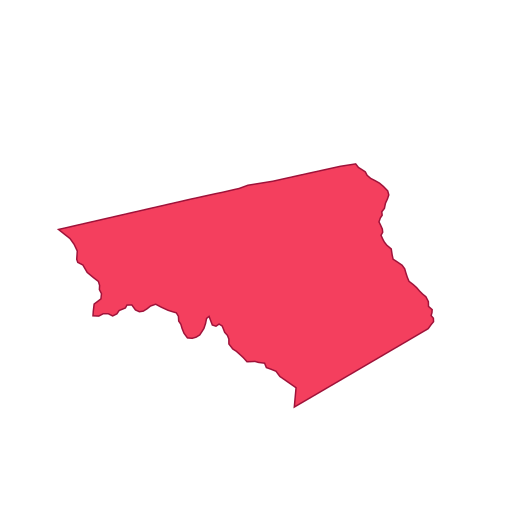 Água Branca, Alagoas, Brazil (Natural Earth projection), rotated 297°
{"feature_id": "56859067B70474905670941", "entity_name": "Água Branca", "entity_type": "district", "adm_level": 2, "iso_a3": "BRA", "parent_name": "Brazil", "parent_adm1": "Alagoas", "projection": "natural_earth1", "projection_center": [-37.913, -9.252], "detail": "fine", "context": "isolated", "style": "filled", "palette": "rose", "viewbox_px": 512, "rotation_deg": 297, "n_neighbors": 0, "source": "geoboundaries", "source_scale": "gbopen_adm2", "svg_char_len": 1797}
<svg xmlns="http://www.w3.org/2000/svg" viewBox="0 0 512 512"><g transform="rotate(297 256 256)"><path d="M128.7,137.9L131.1,143.2L135.2,146.1L137.5,150.6L137.5,155.5L141.3,158.3L145.3,158.8L147.7,160.9L150.4,163.2L153.7,163.3L156.0,167.6L153.2,173.1L153.4,177.4L155.7,180.6L159.5,182.9L163.5,184.7L167.5,188.5L167.4,194.8L167.7,202.3L168.5,207.1L169.2,210.8L167.1,214.2L162.9,216.7L161.1,220.0L157.9,223.0L154.5,226.9L151.9,232.1L153.7,236.5L156.5,239.5L160.1,241.7L163.7,242.1L167.7,242.5L172.9,241.7L177.9,240.3L180.9,241.6L177.5,245.3L174.7,248.4L175.3,252.2L178.6,254.0L178.3,257.6L176.0,260.3L173.8,262.7L172.3,266.6L169.7,269.5L165.3,271.8L162.6,277.5L162.2,281.6L161.3,285.1L159.7,290.8L157.7,296.0L159.8,299.8L161.6,302.9L162.3,306.5L164.4,312.3L161.3,315.9L161.9,320.5L162.4,326.1L159.5,332.0L156.8,351.5L138.8,358.7L208.8,403.6L269.4,442.4L274.5,443.2L278.1,444.0L281.1,442.3L282.4,439.1L285.4,438.5L288.2,437.3L289.4,432.6L293.6,430.3L296.8,425.9L297.7,421.7L299.0,417.7L300.7,413.6L301.9,409.1L302.9,403.8L305.8,400.4L309.1,397.1L312.1,394.3L314.1,390.4L314.8,385.0L315.4,379.6L318.8,376.8L323.7,373.3L325.0,367.6L326.8,363.8L328.8,361.0L331.2,358.0L334.7,358.1L337.4,356.3L340.2,352.8L342.2,350.1L346.3,349.5L349.6,349.9L352.5,348.0L356.7,348.8L361.8,347.4L366.6,347.2L370.7,346.6L373.8,343.8L375.8,338.0L377.0,332.9L377.2,327.9L377.2,323.0L378.3,318.4L380.6,315.2L381.1,310.7L381.4,307.1L383.3,303.0L374.2,290.4L348.4,259.0L330.3,237.1L315.4,216.7L308.4,210.2L305.7,206.9L297.2,196.8L293.5,192.1L276.7,171.6L190.0,68.0L188.5,75.3L187.1,82.4L183.8,88.7L179.3,94.5L171.6,97.8L169.4,100.1L169.4,105.8L164.7,113.1L162.9,121.2L161.8,127.1L158.8,130.0L155.0,131.7L152.3,135.4L147.4,137.3L139.7,133.6L132.9,136.1L128.7,137.9Z" fill="#f43f5e" stroke="#9f1239" stroke-width="1.5"/></g></svg>